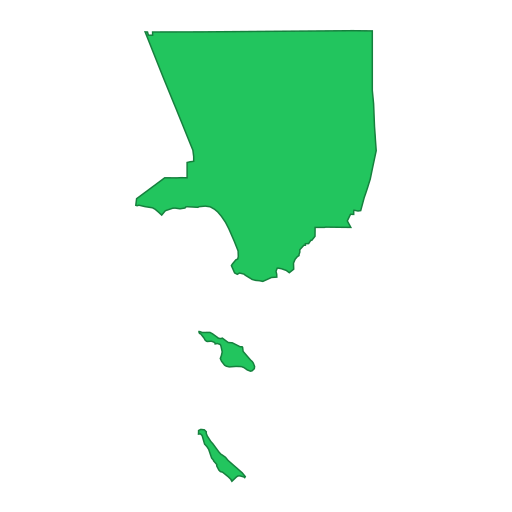 Los Angeles, California, United States of America
{"feature_id": "52423323B87301828944684", "entity_name": "Los Angeles", "entity_type": "district", "adm_level": 2, "iso_a3": "USA", "parent_name": "United States of America", "parent_adm1": "California", "projection": "mercator", "projection_center": [-118.385, 33.812], "detail": "fine", "context": "isolated", "style": "filled", "palette": "green", "viewbox_px": 512, "rotation_deg": 0, "n_neighbors": 0, "source": "geoboundaries", "source_scale": "gbopen_adm2", "svg_char_len": 2796}
<svg xmlns="http://www.w3.org/2000/svg" viewBox="0 0 512 512"><path d="M372.3,30.9L352.5,30.7L250.3,31.5L202.0,31.9L152.6,32.0L152.6,35.2L148.4,35.2L147.5,32.0L145.1,31.9L147.6,38.1L163.2,77.3L174.0,103.7L177.0,110.9L177.0,111.0L182.5,124.5L186.6,134.7L190.0,143.1L192.9,150.2L193.5,155.1L193.7,156.5L193.7,161.3L190.8,161.7L190.4,161.7L187.1,162.5L187.1,167.0L187.1,170.9L187.1,177.8L182.3,177.7L180.5,177.7L176.8,177.9L164.7,177.8L152.2,187.1L136.6,198.7L135.8,205.3L137.1,205.7L139.0,205.2L144.9,206.6L152.5,207.8L155.2,209.3L158.7,212.3L161.7,215.1L165.1,211.0L165.7,210.6L172.8,208.2L175.2,208.1L180.0,208.8L185.0,208.0L185.7,207.0L187.0,206.7L197.9,207.3L199.0,206.7L205.4,206.1L205.8,206.2L210.2,206.8L214.6,209.3L217.7,211.9L221.1,215.9L221.4,216.3L225.5,222.3L228.8,228.7L232.6,237.4L234.3,241.3L238.1,250.9L238.3,256.6L237.7,259.0L235.8,259.9L232.4,264.0L231.4,265.6L234.6,272.9L237.3,274.3L239.5,273.0L244.0,274.1L245.1,275.1L249.0,277.5L251.0,278.7L252.0,279.4L255.7,280.4L259.4,280.7L262.8,281.4L267.7,279.2L271.4,277.5L276.8,277.1L276.7,274.2L276.0,271.3L277.2,268.2L278.2,268.1L281.7,268.8L283.6,269.5L286.2,270.4L289.3,272.7L293.7,269.2L293.5,263.1L295.1,259.3L297.4,256.6L299.0,255.6L299.0,254.6L299.8,252.2L299.8,249.7L303.8,245.3L305.4,245.2L305.4,243.7L308.6,243.6L310.8,240.3L311.8,240.3L315.0,236.3L315.1,227.4L316.9,227.4L324.4,227.4L325.6,227.1L350.8,227.4L347.3,220.9L350.5,214.3L353.7,214.4L353.7,211.1L354.0,210.2L358.0,211.0L360.7,210.6L364.2,197.6L365.4,194.2L367.4,188.2L370.3,178.9L370.4,178.3L372.9,166.2L374.3,159.6L376.2,150.7L375.4,139.6L375.1,134.7L375.0,133.5L374.5,126.5L373.6,103.8L372.3,90.4L372.3,64.0L372.3,30.9ZM199.0,331.5L198.9,331.9L199.5,333.4L200.8,334.0L204.1,338.2L205.1,340.1L206.4,341.2L207.3,341.5L211.3,341.2L213.9,342.1L215.2,343.3L215.2,343.9L217.4,343.5L220.3,344.5L221.0,346.2L222.2,351.9L221.4,355.5L220.3,358.5L221.5,361.2L224.6,365.2L226.3,366.2L229.3,366.9L236.1,366.4L241.4,366.6L244.0,367.6L247.2,369.9L250.5,371.2L252.1,370.8L254.3,368.7L254.6,366.5L253.3,363.1L252.2,361.5L250.7,360.2L243.1,351.4L242.6,347.3L242.2,346.8L240.0,346.7L232.3,342.8L228.2,342.5L222.3,338.1L220.9,338.6L218.2,338.2L218.1,337.9L212.5,333.8L209.9,332.4L202.3,332.5L199.9,331.6L199.0,331.5ZM198.6,430.5L198.5,434.1L200.4,433.9L202.1,435.5L204.6,444.1L206.9,446.6L208.7,449.4L211.6,458.0L213.6,460.4L213.6,460.9L216.8,464.6L216.7,465.7L216.9,466.3L218.9,470.1L220.4,471.6L222.6,472.2L228.4,476.9L231.4,479.9L231.2,480.2L231.9,481.3L236.5,476.9L237.7,476.1L239.0,475.8L240.4,476.0L244.0,477.0L244.7,477.6L245.3,476.6L242.2,472.8L228.0,460.4L225.5,457.3L222.1,454.9L220.9,454.2L218.8,451.9L212.8,443.7L210.8,441.5L207.2,435.9L206.2,433.2L206.3,431.8L205.4,430.9L204.3,429.8L200.8,429.4L198.6,430.5Z" fill="#22c55e" stroke="#15803d" stroke-width="1.5"/></svg>